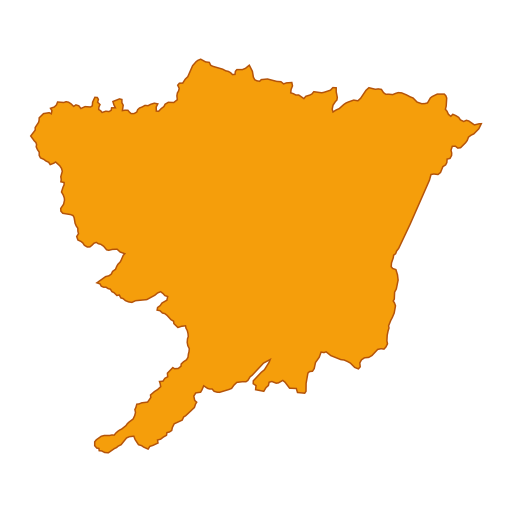 Mombaça, Ceará, Brazil (Albers equal-area conic projection)
{"feature_id": "56859067B71410227491082", "entity_name": "Mombaça", "entity_type": "district", "adm_level": 2, "iso_a3": "BRA", "parent_name": "Brazil", "parent_adm1": "Ceará", "projection": "albers", "projection_center": [-39.786, -5.836], "detail": "fine", "context": "isolated", "style": "filled", "palette": "amber", "viewbox_px": 512, "rotation_deg": 0, "n_neighbors": 0, "source": "geoboundaries", "source_scale": "gbopen_adm2", "svg_char_len": 5945}
<svg xmlns="http://www.w3.org/2000/svg" viewBox="0 0 512 512"><path d="M384.0,349.1L385.9,347.0L387.5,343.8L386.9,340.9L387.2,335.2L388.1,330.8L389.0,328.0L388.6,325.8L390.8,320.3L392.3,317.5L394.2,313.0L395.5,305.8L394.4,302.8L393.2,301.0L394.3,299.1L394.6,292.1L396.3,289.0L398.1,280.1L397.5,274.9L395.9,269.6L392.7,268.5L391.2,266.7L391.5,262.9L393.3,257.6L393.6,255.2L395.6,253.7L396.6,251.0L398.6,248.5L410.1,224.2L429.4,180.3L431.0,174.5L433.8,174.0L438.0,174.5L440.5,172.5L442.9,166.6L445.6,164.9L446.8,162.6L447.1,159.1L450.0,158.4L451.6,155.4L451.7,153.0L451.0,150.2L452.3,146.3L455.4,146.2L457.8,148.1L460.6,147.7L465.6,142.7L467.2,140.5L468.5,137.1L471.2,135.1L473.8,133.9L478.8,128.8L481.3,123.7L479.1,123.8L474.4,124.9L468.8,121.0L466.4,120.3L463.7,121.5L460.4,119.9L458.7,117.4L455.8,115.6L452.8,114.3L450.8,116.3L448.4,114.3L447.0,111.2L445.4,109.3L446.2,106.0L446.7,98.1L445.8,95.7L444.3,94.1L437.2,94.1L432.3,96.5L430.4,97.9L427.5,102.9L424.8,103.6L421.7,103.7L417.1,102.1L413.1,98.0L410.1,96.8L406.5,94.9L401.7,92.9L398.3,92.6L395.6,93.4L392.7,94.6L388.7,94.2L385.8,94.3L383.5,92.6L381.4,89.4L378.2,88.9L375.4,89.3L368.9,87.7L366.0,90.3L360.7,98.2L357.9,100.8L353.7,100.1L348.3,102.0L346.0,103.0L343.8,104.5L339.2,108.6L335.9,110.1L333.0,112.0L332.2,109.2L333.0,105.2L335.4,101.6L336.9,100.0L337.3,97.4L336.2,91.8L336.2,87.8L332.9,87.6L330.4,90.2L324.0,92.3L321.7,92.8L313.8,91.7L311.9,94.0L310.0,95.0L305.8,96.3L303.9,98.6L298.7,95.0L295.8,95.0L293.4,93.7L290.7,92.8L291.1,89.4L292.5,85.9L291.8,82.5L286.4,82.9L283.6,83.9L280.9,81.7L276.7,81.4L267.5,79.0L261.3,79.6L259.6,81.3L256.9,80.8L254.8,79.8L253.4,77.2L252.4,71.3L249.3,65.2L245.5,68.3L242.4,69.6L236.9,69.6L235.4,71.3L235.0,74.4L232.5,74.6L230.6,72.7L228.3,71.4L225.7,70.8L222.7,69.2L212.8,66.3L210.7,65.3L209.3,62.4L205.6,61.9L200.7,59.2L197.8,60.4L196.1,61.7L192.6,65.7L187.8,76.7L185.3,79.1L182.7,83.1L179.4,83.2L177.7,85.2L179.2,88.4L178.5,91.1L177.4,92.9L176.9,95.8L177.3,99.7L173.8,102.5L168.3,102.3L165.1,104.2L163.9,106.6L161.3,108.5L158.6,111.3L156.3,111.1L156.2,107.0L157.8,103.9L154.3,103.2L150.7,104.3L148.0,105.7L145.0,105.4L142.3,106.9L139.5,108.0L137.7,109.7L136.7,112.1L134.0,113.6L131.1,113.6L129.3,112.0L127.9,110.3L125.1,110.2L122.4,110.6L123.2,105.2L121.9,102.7L121.9,99.5L119.5,98.9L112.9,101.5L113.9,104.8L115.4,107.8L111.6,107.8L111.2,110.3L109.0,111.6L105.8,111.2L102.1,112.5L100.7,110.8L98.7,109.5L98.9,107.0L100.0,104.6L97.6,102.2L98.4,99.4L97.3,97.5L94.9,97.3L92.6,102.2L92.3,105.8L90.5,107.0L85.1,106.6L80.9,108.5L78.8,105.8L75.9,104.9L73.7,106.4L70.9,103.7L68.5,102.2L66.1,101.7L63.8,102.5L57.6,102.0L56.4,105.0L54.3,107.0L50.5,108.3L51.9,110.7L51.3,113.8L49.2,112.7L43.5,113.6L39.2,117.8L39.1,120.2L38.6,122.3L35.2,127.5L35.2,130.1L30.7,136.0L34.2,140.8L35.9,142.5L36.6,144.7L36.2,146.8L37.5,149.7L39.2,152.1L39.2,155.4L40.5,157.9L43.9,159.4L45.8,160.9L48.7,162.3L50.2,164.6L53.8,163.2L55.6,162.0L59.8,165.8L61.5,168.4L62.3,171.3L60.8,176.7L61.2,179.5L60.9,181.8L64.1,182.5L64.1,184.8L63.0,187.2L61.5,192.0L63.2,194.9L64.3,197.9L64.5,200.2L63.6,204.2L60.7,208.5L60.9,211.2L62.8,213.3L70.7,214.6L73.0,215.5L74.1,217.5L75.1,223.3L76.3,226.1L77.8,228.2L77.9,231.3L78.5,233.7L76.7,236.5L77.9,240.0L80.9,241.4L82.8,242.9L84.4,245.3L87.3,247.0L89.9,246.9L91.8,245.4L94.0,243.2L96.3,242.4L98.3,243.7L100.8,244.3L103.7,246.3L106.6,249.8L108.7,250.3L112.4,249.4L117.1,249.2L120.1,252.0L124.8,253.7L123.2,255.4L121.1,260.3L120.1,262.1L117.9,264.3L116.7,266.4L115.5,269.3L112.6,271.4L111.3,274.1L108.9,275.8L105.6,276.6L96.9,282.8L100.0,283.9L101.3,286.2L103.6,287.2L106.0,287.2L108.1,288.6L110.4,289.2L111.9,291.6L114.1,292.7L116.9,295.5L119.3,295.0L120.8,297.9L123.1,298.6L125.4,300.6L128.6,301.9L131.9,302.4L135.5,300.7L146.8,299.6L154.9,295.2L157.5,293.0L160.6,291.7L163.1,293.6L164.9,295.6L167.7,296.5L166.9,300.2L162.0,303.0L160.2,305.6L157.6,307.5L157.1,310.1L160.0,310.7L162.4,313.0L164.8,313.6L167.1,315.4L171.0,319.7L173.6,321.2L173.9,323.6L177.9,327.5L181.5,326.3L185.5,325.8L186.0,328.2L187.3,330.6L188.0,333.5L188.3,336.6L187.5,338.8L187.2,342.4L187.8,345.6L189.3,348.7L189.0,351.8L188.4,354.0L188.0,357.3L186.5,359.8L183.5,361.8L181.2,364.0L181.0,366.2L178.2,368.5L174.5,368.7L172.8,367.6L167.4,373.2L167.7,376.8L164.9,378.3L162.9,381.2L159.5,381.5L160.2,383.6L160.7,386.7L157.7,389.5L154.4,391.6L150.5,395.0L150.8,397.5L147.6,402.1L141.8,402.8L139.1,403.9L136.8,404.2L135.9,407.4L134.9,409.5L135.5,412.5L134.7,415.6L133.1,419.0L129.0,422.1L127.3,423.7L126.0,425.6L121.6,429.1L119.7,430.0L117.8,431.3L115.8,433.1L114.2,435.1L111.8,435.0L109.6,435.5L104.2,435.5L101.2,436.3L96.3,439.8L94.7,441.8L94.7,445.7L96.8,448.1L98.9,448.4L99.2,450.7L101.6,450.9L104.7,452.5L108.3,452.8L114.5,448.5L116.5,447.6L118.2,446.1L121.1,444.7L126.5,438.0L129.3,436.7L133.8,436.2L135.1,439.5L138.5,444.7L141.5,445.6L143.7,447.1L148.1,449.1L149.8,446.4L152.9,445.4L158.0,443.0L157.5,440.0L160.6,439.2L163.6,436.9L166.5,435.3L166.9,432.6L169.4,432.0L171.7,430.5L172.4,427.4L174.2,423.8L182.2,420.1L183.7,416.9L185.6,415.8L194.4,407.5L195.6,403.9L196.7,402.2L194.7,400.4L193.8,396.1L195.8,392.9L200.6,392.2L202.0,389.8L203.7,385.8L207.6,388.4L209.7,389.0L212.1,389.0L214.1,391.3L217.1,392.2L219.6,392.3L228.9,389.5L231.6,388.4L233.9,385.2L236.8,382.4L242.4,381.7L246.0,381.7L247.8,380.5L250.1,376.8L252.1,375.3L263.5,363.1L270.2,359.5L269.1,362.3L264.4,369.8L261.3,372.3L253.3,380.8L253.2,383.7L256.0,385.6L255.6,389.7L263.8,391.3L266.0,387.6L268.4,385.5L269.1,382.2L271.9,381.5L276.2,383.2L278.4,382.9L282.8,380.4L285.1,382.3L289.6,388.2L296.3,388.5L297.5,392.5L304.7,393.2L306.0,391.3L306.1,383.3L307.9,373.1L309.5,371.6L312.5,371.2L314.2,368.6L315.5,362.5L319.2,357.3L321.1,352.1L324.0,352.6L326.1,351.8L330.8,355.6L340.8,359.6L344.1,360.0L347.7,361.6L350.4,363.1L354.7,367.4L358.4,368.9L360.2,366.8L359.8,362.9L361.5,359.8L364.5,357.8L368.7,357.4L372.0,355.5L377.7,349.4L381.1,348.7L384.0,349.1Z" fill="#f59e0b" stroke="#b45309" stroke-width="1.5"/></svg>